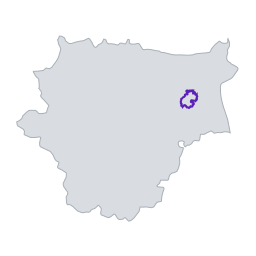 Slonim, Grodno, Belarus shown in context, rotated 179°
{"feature_id": "67162791B56929358145249", "entity_name": "Slonim", "entity_type": "district", "adm_level": 2, "iso_a3": "BLR", "parent_name": "Belarus", "parent_adm1": "Grodno", "projection": "albers", "projection_center": [25.224, 53.068], "detail": "fine", "context": "in_parent", "style": "outline", "palette": "violet", "viewbox_px": 256, "rotation_deg": 179, "n_neighbors": 0, "source": "geoboundaries", "source_scale": "gbopen_adm2", "svg_char_len": 6749}
<svg xmlns="http://www.w3.org/2000/svg" viewBox="0 0 256 256"><g transform="rotate(179 128 128)"><path d="M221.7,186.3L217.1,186.4L211.7,187.0L208.9,189.4L205.5,188.6L203.2,190.0L198.3,196.3L196.4,199.6L194.8,204.6L193.8,208.3L194.7,210.7L195.9,213.0L196.3,215.5L196.9,217.4L195.7,218.9L195.1,221.1L192.7,220.9L189.8,219.1L189.0,216.3L186.7,214.4L185.2,213.5L182.8,213.5L179.1,214.7L174.3,215.7L170.6,216.1L168.6,217.3L165.7,218.4L164.5,217.3L162.6,214.2L161.1,211.0L160.1,209.6L159.3,209.3L158.3,209.4L157.2,210.5L156.4,211.6L153.4,213.0L152.1,214.2L150.7,217.3L149.7,217.1L148.6,216.5L147.3,213.2L145.6,212.5L143.0,212.5L139.8,212.0L137.2,211.1L136.2,211.4L134.7,212.8L133.1,213.1L129.3,212.0L128.6,212.6L126.7,216.4L125.7,216.6L125.1,216.1L125.3,212.9L123.1,211.8L119.5,211.8L117.0,212.3L115.7,212.2L115.1,211.6L111.9,206.3L110.2,206.0L107.3,206.4L103.0,205.8L98.0,204.7L95.2,204.3L93.8,203.1L90.7,202.8L82.5,200.6L79.2,200.2L74.2,200.2L66.7,199.7L61.9,200.0L59.7,200.8L57.1,201.2L48.2,201.8L45.0,202.3L44.1,203.5L43.0,205.9L39.2,210.1L35.6,212.9L34.9,213.2L32.9,211.6L31.1,211.1L29.1,210.9L27.6,211.3L26.7,212.0L26.7,215.3L26.5,215.6L25.0,211.6L25.2,208.1L26.2,206.1L27.3,204.3L26.9,201.5L28.0,197.9L28.1,195.3L27.7,194.2L26.9,192.9L24.6,191.4L23.6,190.2L20.5,188.6L17.5,186.6L17.0,185.5L17.1,184.7L17.7,183.5L20.2,180.1L22.8,176.7L24.5,175.4L33.2,171.2L34.5,169.7L34.9,167.1L34.9,161.9L34.4,157.1L33.8,153.8L32.3,147.6L28.2,134.7L25.9,121.4L27.6,122.2L31.6,122.6L34.8,121.8L36.4,121.7L37.9,122.0L42.1,121.3L43.1,122.5L44.9,123.6L48.6,122.1L51.9,120.3L55.3,120.5L55.8,119.6L56.6,114.9L57.6,113.9L61.6,114.4L63.1,113.5L64.7,111.2L67.0,109.8L69.0,109.8L71.1,108.2L72.1,109.2L72.6,111.2L71.9,112.7L72.2,113.3L73.6,114.1L76.1,114.1L77.7,113.4L78.0,112.5L78.0,110.9L77.6,109.4L76.6,108.1L74.6,107.5L73.3,107.5L73.0,106.6L73.5,104.9L74.7,101.6L76.1,98.7L77.0,97.6L77.1,96.6L76.9,94.8L76.9,91.6L78.2,87.1L79.9,83.8L82.2,82.7L85.1,82.0L86.9,80.4L87.8,78.6L88.5,75.7L89.4,75.1L96.3,75.3L97.3,72.4L97.9,71.6L99.2,70.8L100.1,69.7L99.7,68.9L98.0,68.5L93.8,68.1L93.0,67.2L93.2,66.0L94.3,63.0L95.3,59.2L95.7,56.2L95.8,54.5L96.3,54.0L99.6,53.4L100.7,52.8L103.5,48.7L105.7,47.9L111.3,48.8L113.9,48.6L117.2,48.8L117.4,48.4L118.4,44.4L123.7,37.8L126.6,35.5L128.4,34.9L129.1,35.0L132.2,38.3L132.9,38.4L134.8,36.9L138.2,36.6L139.9,37.7L142.3,41.7L143.5,42.1L146.7,39.7L148.5,38.8L149.7,38.8L156.2,41.6L156.7,42.6L156.8,43.8L156.0,47.6L157.5,49.9L159.1,51.3L162.1,48.5L163.3,47.8L164.6,47.6L166.3,46.6L167.4,45.1L168.6,44.5L170.9,44.7L175.1,44.0L180.1,46.0L180.6,46.6L183.2,49.1L184.2,50.3L185.0,50.7L186.4,51.9L188.2,52.6L189.4,52.2L190.0,52.6L190.6,53.6L190.8,55.3L191.0,60.3L189.4,63.0L189.3,63.9L189.5,65.0L191.0,67.1L193.1,70.2L193.7,72.1L193.8,73.6L191.7,78.0L190.9,79.1L190.5,81.2L190.4,83.4L190.6,84.3L195.0,87.3L198.3,88.9L199.0,89.7L199.1,90.3L197.8,94.1L197.7,95.1L200.3,96.4L201.9,98.6L203.4,102.4L206.1,105.9L215.4,110.5L216.3,111.4L216.6,112.6L216.6,115.1L215.4,120.1L217.0,120.7L220.9,120.1L225.7,120.3L231.8,123.1L231.9,124.6L231.5,126.1L232.0,127.5L232.8,128.7L238.2,132.0L238.7,133.1L239.0,134.9L239.0,136.3L237.7,136.7L236.2,137.5L233.9,139.4L233.1,141.8L229.3,145.4L227.0,147.1L225.0,147.4L220.1,147.2L218.3,145.7L217.5,144.4L215.6,143.9L213.1,144.0L209.8,144.6L209.1,145.1L208.7,146.9L207.6,150.0L206.7,151.8L211.5,157.5L213.9,159.8L214.7,161.2L214.7,162.3L213.8,163.6L214.2,166.2L216.6,169.3L216.0,169.9L216.1,174.1L216.5,178.5L217.2,179.5L218.4,180.3L219.5,181.8L221.5,185.3L221.7,186.3Z" fill="#d9dde1" stroke="#a8b0b8" stroke-width="1"/><path d="M63.7,148.2L63.4,148.4L63.2,148.6L63.1,148.8L63.1,149.0L62.9,149.3L62.7,149.6L62.8,149.8L62.9,150.1L62.6,150.3L62.4,150.4L62.1,150.5L61.9,150.6L61.7,150.8L61.7,151.0L61.8,151.2L61.9,151.4L61.9,151.7L62.1,151.8L62.4,151.8L62.5,151.9L62.4,152.2L62.6,152.3L62.8,152.3L63.2,152.5L63.4,152.5L63.6,152.4L63.8,152.5L64.0,152.6L64.4,152.7L64.5,152.8L64.7,153.1L64.7,153.3L64.7,153.5L64.5,153.9L64.3,153.9L64.2,154.2L64.3,154.4L64.1,154.6L63.8,154.7L63.5,154.5L63.2,154.5L62.9,154.5L62.8,154.3L62.7,154.1L62.2,154.1L61.9,154.1L61.6,154.2L61.3,154.2L61.0,154.2L60.5,154.0L60.3,153.9L60.0,153.7L59.9,153.9L60.0,154.1L60.0,154.3L59.8,154.4L59.7,154.4L59.6,154.5L59.4,154.5L59.2,154.6L59.2,154.8L59.3,154.9L59.4,155.1L59.3,155.3L59.2,155.3L59.0,155.2L58.9,155.2L58.7,155.2L58.6,155.3L58.6,155.5L58.8,155.7L58.9,155.8L59.0,155.9L59.1,156.1L59.1,156.3L59.0,156.5L58.8,156.6L58.6,156.7L58.6,157.0L58.8,157.2L58.8,157.4L58.8,157.6L58.6,157.7L58.4,157.9L58.2,158.2L58.2,158.4L58.3,158.7L58.4,158.9L58.6,159.1L58.7,159.4L58.7,159.8L58.7,160.2L58.8,160.1L59.0,159.9L59.6,160.0L59.9,160.0L60.2,160.4L60.2,160.7L60.1,161.0L60.1,161.5L60.3,161.9L60.5,162.1L60.6,162.3L60.6,162.5L60.9,162.7L61.2,162.7L61.5,162.6L61.6,162.4L61.7,162.0L61.7,161.8L61.7,161.5L62.1,161.3L62.3,161.3L62.4,161.5L62.4,161.9L62.3,162.2L62.2,162.5L62.1,163.0L62.3,163.4L62.3,163.5L62.4,163.8L62.2,164.0L62.1,164.4L62.3,164.4L62.5,164.4L62.7,164.2L62.9,164.1L63.0,164.3L63.1,164.5L63.3,164.6L63.5,164.4L63.5,164.2L63.9,163.9L64.0,163.7L64.3,163.6L64.6,163.6L64.6,163.9L64.6,164.2L65.1,164.4L65.5,164.5L65.7,164.4L65.7,164.1L65.7,163.7L66.0,163.4L66.3,163.2L66.7,162.9L67.0,162.8L67.4,163.1L67.4,163.3L67.4,163.6L67.2,163.8L67.1,164.1L67.5,164.4L67.9,164.5L68.4,164.5L68.8,164.3L68.9,164.1L69.0,163.9L69.0,163.5L68.9,163.4L68.7,163.3L68.4,163.3L68.2,163.3L68.0,163.2L68.0,162.7L68.0,162.4L68.1,162.2L68.3,162.1L68.5,162.0L68.5,161.8L68.4,161.6L68.3,161.4L68.0,161.1L67.9,160.9L67.9,160.7L68.2,160.5L68.6,160.6L68.9,160.6L69.2,160.7L69.6,160.6L69.9,160.6L70.4,160.4L70.5,160.2L70.5,159.9L70.5,159.7L70.4,159.2L70.7,159.1L70.9,158.9L71.0,158.5L71.1,158.3L71.3,158.1L71.7,158.0L72.0,157.9L72.5,157.7L72.9,157.2L73.1,156.9L73.3,156.6L73.5,156.5L73.8,156.5L74.1,156.4L74.3,156.1L74.4,155.8L74.4,155.4L74.3,155.0L74.3,154.6L74.5,154.1L74.8,153.8L74.8,153.6L74.8,153.1L74.7,152.9L74.6,152.7L74.6,152.4L74.7,152.1L74.7,151.8L74.5,151.7L74.3,151.6L74.0,151.3L73.9,151.1L73.9,150.7L74.1,150.4L74.4,150.1L74.4,149.9L74.3,149.7L74.3,149.3L74.0,149.2L73.8,149.1L73.6,148.9L73.4,148.8L73.4,148.6L73.2,148.3L73.1,148.1L72.9,148.4L72.7,148.4L72.5,148.6L72.5,148.9L72.4,149.1L72.1,149.4L72.0,149.5L71.8,149.6L71.5,149.7L71.4,149.7L71.3,149.8L71.2,149.9L70.9,149.9L70.7,149.9L70.3,149.6L70.3,149.4L70.3,149.2L70.1,149.1L69.9,149.0L69.6,149.0L69.4,148.9L69.3,148.7L69.2,148.5L69.2,148.3L69.2,148.1L69.1,147.9L69.0,147.7L68.9,147.6L68.4,147.7L67.9,147.7L67.7,147.6L67.4,147.5L67.3,147.2L67.1,147.1L66.8,147.0L66.5,147.0L66.3,147.1L66.1,147.4L66.0,147.6L65.7,147.7L65.5,147.9L65.6,148.1L65.5,148.3L65.4,148.4L65.2,148.4L65.1,148.6L64.9,148.7L64.7,148.6L64.5,148.4L64.3,148.4L64.0,148.4L63.8,148.3L63.7,148.2Z" fill="none" stroke="#5b21b6" stroke-width="2"/></g></svg>